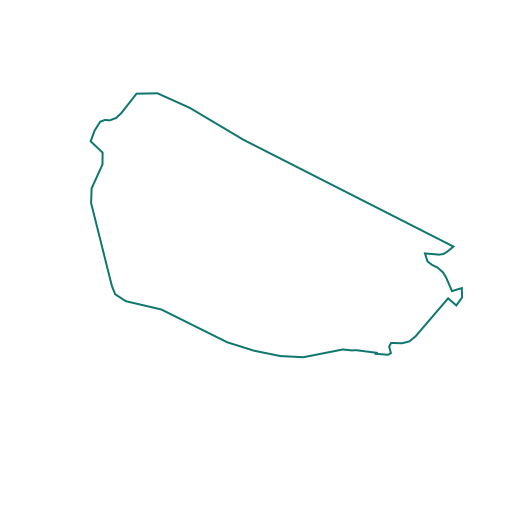 outline of Misamis Occidental, rotated 118°
{"feature_id": "PHL-2523", "entity_name": "Misamis Occidental", "entity_type": "Province", "adm_level": 1, "iso_a3": "PHL", "parent_name": "Philippines", "parent_adm1": "", "projection": "mercator", "projection_center": [123.686, 8.339], "detail": "fine", "context": "isolated", "style": "outline", "palette": "teal", "viewbox_px": 512, "rotation_deg": 118, "n_neighbors": 0, "source": "natural_earth", "source_scale": "10m", "svg_char_len": 757}
<svg xmlns="http://www.w3.org/2000/svg" viewBox="0 0 512 512"><g transform="rotate(118 256 256)"><path d="M155.0,86.1L162.4,89.2L166.2,91.4L168.7,94.7L174.4,108.0L180.3,102.0L181.2,96.2L181.0,90.1L182.7,83.1L185.9,77.8L195.0,66.5L187.7,59.2L195.7,54.6L205.6,55.9L203.2,66.5L252.0,77.4L259.4,80.5L264.5,86.1L269.3,95.9L273.4,95.9L278.4,91.3L281.2,93.0L286.1,104.3L284.9,104.2L292.2,123.5L294.3,126.9L297.8,135.5L323.1,166.6L332.9,187.5L340.6,213.5L345.7,240.9L347.7,314.5L357.0,349.7L355.9,362.4L350.1,369.2L286.6,426.5L273.4,432.9L247.3,434.5L236.7,440.0L232.4,455.8L221.0,457.4L210.6,456.6L206.8,453.3L204.9,448.8L199.8,444.3L193.0,442.0L168.8,437.7L158.6,419.4L156.3,383.6L159.3,321.4L155.0,86.1Z" fill="none" stroke="#0f766e" stroke-width="2"/></g></svg>